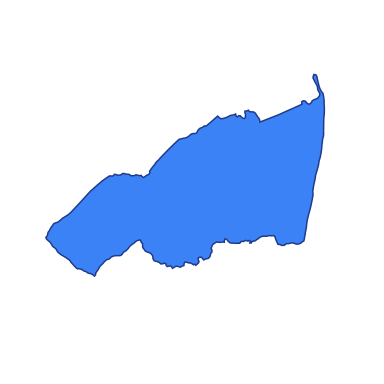 Santo Amaro do Maranhão, Maranhão, Brazil, rotated 74°
{"feature_id": "56859067B2088980955317", "entity_name": "Santo Amaro do Maranhão", "entity_type": "district", "adm_level": 2, "iso_a3": "BRA", "parent_name": "Brazil", "parent_adm1": "Maranhão", "projection": "robinson", "projection_center": [-43.176, -2.647], "detail": "fine", "context": "isolated", "style": "filled", "palette": "blue", "viewbox_px": 384, "rotation_deg": 74, "n_neighbors": 0, "source": "geoboundaries", "source_scale": "gbopen_adm2", "svg_char_len": 4818}
<svg xmlns="http://www.w3.org/2000/svg" viewBox="0 0 384 384"><g transform="rotate(74 192 192)"><path d="M269.9,98.0L268.0,96.9L265.5,95.8L263.8,94.8L262.2,94.2L260.5,93.3L259.1,92.6L257.3,91.7L255.4,91.0L254.1,90.5L252.8,89.9L251.6,89.3L250.3,88.7L248.7,87.8L247.5,87.1L244.7,85.5L242.1,83.8L240.0,82.6L236.8,80.8L234.4,79.6L232.7,78.7L231.1,77.9L229.7,77.2L228.4,76.6L226.8,76.1L224.2,75.6L222.5,74.7L221.3,74.2L220.0,73.6L217.5,72.3L215.3,71.1L213.8,70.3L212.1,69.5L210.2,68.7L208.8,67.9L207.4,66.9L206.1,66.1L204.7,65.2L203.4,64.5L201.9,63.5L200.3,62.7L199.1,62.2L197.5,61.4L196.1,60.6L194.3,59.4L192.4,58.4L189.3,56.8L186.0,55.4L183.0,54.3L180.0,53.0L178.5,52.4L177.2,51.9L175.9,51.1L174.6,50.3L172.9,49.6L170.7,49.0L168.9,48.5L167.4,48.0L165.7,47.5L164.0,47.0L162.3,46.5L160.1,45.8L158.2,45.3L156.5,44.6L154.3,43.7L152.3,43.0L150.2,42.3L147.9,41.7L146.2,41.2L144.9,41.0L143.3,40.6L141.7,40.1L139.8,39.7L138.6,39.5L136.7,39.2L134.7,39.0L132.7,39.0L131.4,39.8L129.8,40.1L128.4,40.5L126.7,40.6L125.1,40.7L123.3,40.6L120.8,40.5L118.6,40.4L116.6,40.2L115.1,40.2L113.5,40.6L112.6,42.4L114.5,43.8L116.0,44.2L118.2,43.8L119.6,43.5L121.5,43.1L124.7,42.4L128.3,42.9L129.9,42.6L131.9,42.1L133.3,42.2L134.8,43.1L135.8,44.4L136.6,45.7L136.8,47.5L136.9,49.0L137.4,51.2L139.1,52.8L139.9,54.9L139.3,56.2L138.2,57.0L136.0,57.9L135.0,59.7L135.4,61.6L138.0,62.2L141.0,83.3L141.6,87.4L143.5,107.4L141.0,107.1L139.5,107.4L137.8,108.2L136.0,108.7L133.6,109.4L131.9,110.9L131.4,112.7L130.5,114.6L128.9,115.3L129.2,117.0L128.8,118.8L130.0,119.2L132.3,119.3L133.7,119.6L135.2,120.3L135.8,121.6L134.9,122.9L133.5,123.9L132.1,124.5L131.5,126.0L132.3,127.8L131.1,128.7L129.0,128.6L129.4,130.6L129.1,132.5L129.1,134.6L129.7,137.1L129.9,140.3L129.9,142.6L129.4,144.1L128.0,145.3L126.1,146.4L130.3,155.3L132.5,160.2L131.9,161.9L132.7,164.0L133.0,167.0L134.4,169.4L136.4,171.1L136.7,172.5L136.4,173.8L136.0,175.5L136.1,176.9L137.1,178.9L138.0,181.1L138.2,183.9L138.0,185.3L137.8,190.0L140.8,195.8L142.5,198.9L144.8,203.2L147.6,208.1L150.5,213.1L152.0,215.2L152.8,217.0L153.6,218.3L155.0,219.9L157.3,223.2L158.8,225.2L160.4,227.1L162.0,227.1L163.0,228.5L163.7,231.8L164.8,234.4L163.3,235.9L162.1,236.2L161.6,238.5L160.0,241.0L160.4,243.1L159.6,246.1L157.9,247.4L157.0,249.2L156.6,250.6L155.5,252.1L155.1,253.7L155.9,255.5L155.6,258.5L154.4,260.0L153.6,261.6L154.8,263.3L154.5,264.7L153.8,267.0L155.0,270.7L156.7,275.5L158.1,278.5L159.2,281.0L162.4,287.6L163.1,289.2L166.8,295.2L168.3,297.6L175.4,309.3L178.0,313.7L179.5,316.7L180.2,318.9L181.5,323.5L182.6,325.9L184.0,328.9L184.0,330.4L184.2,333.3L186.9,336.8L188.5,338.5L189.9,339.8L191.0,341.4L194.1,343.1L195.4,345.0L196.8,344.9L198.9,343.8L200.6,342.6L201.8,342.0L203.3,341.5L204.9,341.2L206.2,340.7L207.3,339.8L208.9,338.6L210.4,338.2L211.9,337.8L213.3,337.3L214.4,336.4L215.7,335.6L218.1,333.3L219.4,332.1L220.7,330.9L221.9,330.1L223.4,328.7L225.0,328.0L226.6,327.6L228.1,326.7L230.3,325.7L232.5,324.6L234.3,323.3L234.6,321.8L235.4,320.4L236.4,319.0L238.2,317.6L239.4,315.7L240.9,314.7L241.9,313.3L242.7,311.6L244.1,310.2L246.0,308.8L244.8,307.4L243.2,306.8L241.9,305.0L240.7,303.6L239.4,302.3L237.9,300.7L237.0,298.9L236.2,297.4L235.3,296.1L233.7,293.2L233.5,289.6L232.3,287.8L231.9,285.1L232.2,282.8L233.2,279.2L233.3,277.8L232.6,276.3L231.0,274.6L230.2,271.4L228.6,268.7L227.6,267.6L226.3,265.3L225.0,261.5L224.2,260.0L223.7,258.6L223.6,256.5L223.9,254.8L226.2,254.7L228.1,253.8L231.8,254.7L234.0,253.8L236.0,253.1L237.4,251.5L238.6,249.7L239.8,248.6L241.5,247.7L243.2,247.4L245.3,247.9L247.5,247.4L248.4,246.3L249.2,244.8L250.5,243.1L252.6,241.7L253.0,239.5L252.8,237.9L254.0,236.9L255.4,237.1L256.8,236.4L256.9,234.7L257.0,232.9L258.3,232.3L260.0,231.7L259.6,230.4L259.0,228.4L259.2,226.8L260.1,225.5L261.1,223.7L260.5,222.0L260.5,220.0L258.7,219.4L257.4,218.2L258.2,216.0L259.3,214.7L259.8,213.0L261.1,211.6L262.4,210.6L262.2,209.1L263.5,208.5L262.8,207.0L261.9,205.2L260.7,204.4L259.2,204.7L257.1,204.2L256.9,202.4L257.5,200.6L259.2,200.1L260.5,199.5L260.2,198.0L260.2,196.4L260.3,194.5L259.0,192.5L257.4,191.6L256.0,190.8L255.2,189.4L253.3,188.8L251.4,189.2L250.0,188.0L248.6,187.1L247.7,185.3L246.9,182.1L248.3,178.5L248.4,176.4L249.2,174.8L247.4,174.2L246.1,173.2L247.1,171.7L248.6,171.1L249.9,170.5L251.3,169.5L252.1,167.8L252.6,166.1L253.4,164.0L254.4,160.3L253.1,158.4L253.7,156.1L253.3,153.7L254.7,151.7L254.4,150.3L255.5,149.5L257.0,150.5L257.3,149.1L256.1,147.9L256.3,144.9L255.6,142.8L255.2,141.3L254.3,139.3L253.9,137.2L254.7,133.7L255.2,131.8L255.1,129.8L255.9,128.2L256.5,125.3L258.2,124.5L259.8,124.6L261.4,124.5L262.7,124.2L264.6,124.0L265.9,123.8L266.8,121.9L268.1,120.4L268.7,117.8L267.6,115.8L268.4,112.7L268.2,110.9L268.7,109.4L269.3,108.1L270.9,106.1L271.4,103.2L271.2,101.7L270.5,100.3L269.9,98.0Z" fill="#3b82f6" stroke="#1e3a8a" stroke-width="1.5"/></g></svg>